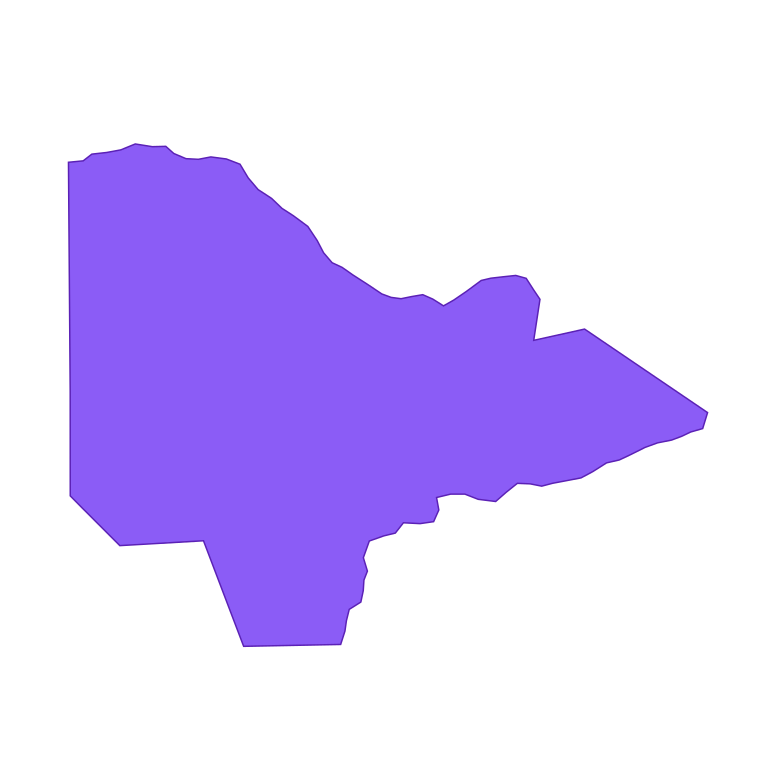 the district of São Bentinho, Paraíba, Brazil, rotated 266°
{"feature_id": "56859067B58032123242731", "entity_name": "São Bentinho", "entity_type": "district", "adm_level": 2, "iso_a3": "BRA", "parent_name": "Brazil", "parent_adm1": "Paraíba", "projection": "albers", "projection_center": [-37.703, -6.898], "detail": "fine", "context": "isolated", "style": "filled", "palette": "violet", "viewbox_px": 768, "rotation_deg": 266, "n_neighbors": 0, "source": "geoboundaries", "source_scale": "gbopen_adm2", "svg_char_len": 1246}
<svg xmlns="http://www.w3.org/2000/svg" viewBox="0 0 768 768"><g transform="rotate(266 384 384)"><path d="M424.8,587.9L417.1,536.4L457.6,545.5L467.5,539.8L479.5,533.2L483.1,523.0L482.7,511.7L482.1,498.0L480.5,488.2L470.4,472.3L462.9,459.5L457.8,448.8L465.3,438.6L470.4,428.9L469.3,417.7L467.9,407.0L469.9,397.2L474.0,388.1L484.7,374.3L495.1,360.4L503.3,350.3L508.6,340.7L519.1,332.9L531.7,327.4L546.5,319.0L558.2,305.3L566.3,294.5L577.0,284.8L586.7,272.0L599.1,262.9L613.3,255.7L619.5,242.4L622.6,227.1L621.1,214.5L622.6,202.2L628.6,190.4L636.3,182.9L636.9,169.5L640.8,152.6L635.9,137.7L634.3,123.5L633.7,108.6L627.6,99.5L627.2,84.7L397.9,70.4L294.3,63.2L281.7,74.0L241.2,109.2L240.2,193.0L132.1,225.7L127.2,322.6L140.2,327.8L150.5,330.0L161.6,333.6L168.1,345.7L179.3,348.9L189.8,350.3L198.5,354.4L212.2,351.3L228.4,358.4L232.5,373.2L234.5,384.9L244.2,393.7L242.2,410.2L243.2,423.9L254.5,429.9L267.1,428.5L269.5,442.8L268.5,457.0L262.4,469.9L259.0,487.2L267.5,498.4L275.6,510.1L274.2,522.8L271.1,534.2L273.2,545.3L274.6,557.3L276.6,574.0L282.1,586.3L289.8,600.5L291.8,613.4L296.4,625.2L302.5,639.9L306.2,652.8L308.0,667.0L311.2,677.7L314.7,686.5L317.3,698.8L332.9,704.8L424.8,587.9Z" fill="#8b5cf6" stroke="#5b21b6" stroke-width="1.5"/></g></svg>